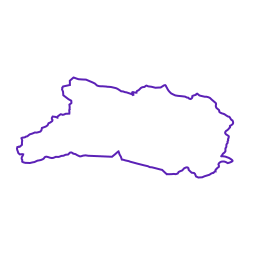 Kota Sawah Lunto, Sumatera Barat, Indonesia, rotated 97°
{"feature_id": "22746128B93370341632229", "entity_name": "Kota Sawah Lunto", "entity_type": "district", "adm_level": 2, "iso_a3": "IDN", "parent_name": "Indonesia", "parent_adm1": "Sumatera Barat", "projection": "equal_earth", "projection_center": [100.756, -0.661], "detail": "fine", "context": "isolated", "style": "outline", "palette": "violet", "viewbox_px": 256, "rotation_deg": 97, "n_neighbors": 0, "source": "geoboundaries", "source_scale": "gbopen_adm2", "svg_char_len": 5526}
<svg xmlns="http://www.w3.org/2000/svg" viewBox="0 0 256 256"><g transform="rotate(97 128 128)"><path d="M157.4,34.8L156.8,34.5L155.9,33.5L155.7,33.3L155.5,33.1L154.6,33.1L153.8,33.4L153.4,33.6L153.1,33.8L152.3,33.6L151.6,33.2L151.1,32.7L150.6,32.2L150.2,31.5L150.1,31.3L150.0,31.1L149.8,30.4L149.7,29.7L149.6,29.2L149.6,28.4L149.6,27.9L149.7,27.7L149.9,26.8L150.0,26.4L150.1,26.2L150.2,25.9L150.5,25.3L150.6,25.0L150.7,24.7L150.2,23.6L150.0,23.0L149.7,22.5L149.5,22.2L149.2,21.6L148.7,20.9L148.3,20.4L148.2,20.3L147.6,20.3L147.3,20.6L146.9,21.1L146.5,21.8L146.0,22.8L145.8,23.2L145.4,24.2L145.3,24.6L145.0,25.8L144.9,26.4L144.7,27.0L144.6,27.7L144.5,28.4L144.5,29.8L144.5,30.5L144.6,31.2L144.7,31.6L144.7,31.9L144.6,32.0L143.1,31.1L142.3,30.8L141.8,30.5L141.2,29.9L140.9,29.5L140.4,29.2L139.7,28.7L139.2,28.5L138.8,28.5L138.7,28.5L138.4,28.6L137.4,28.7L136.6,28.8L136.4,28.8L136.0,28.7L135.5,28.3L135.0,28.2L134.4,28.1L134.0,28.2L133.4,28.2L132.8,28.3L132.2,28.2L131.6,27.9L131.3,27.7L131.0,27.5L130.5,27.3L129.8,27.5L129.3,27.6L129.2,27.6L128.7,27.3L128.3,27.1L127.6,27.1L127.4,27.2L127.1,27.4L126.9,27.4L126.5,27.3L126.1,27.1L125.8,27.0L125.1,27.0L125.0,26.9L124.2,26.9L123.8,27.1L123.1,28.3L123.0,28.5L122.7,29.2L122.6,29.5L122.4,29.8L122.3,30.0L122.0,30.3L121.8,30.5L121.4,30.8L121.2,30.9L121.0,31.0L120.9,31.0L120.4,31.0L120.0,30.8L119.8,30.8L119.3,30.5L119.1,30.4L118.6,29.9L118.4,29.6L118.1,29.2L117.7,28.9L117.4,28.6L117.1,28.3L116.7,28.1L115.5,27.3L115.1,26.9L114.9,26.8L114.7,26.8L113.8,27.1L113.6,27.1L113.3,26.9L113.1,26.5L112.9,26.2L112.7,25.9L112.4,25.6L112.0,25.2L111.9,25.1L111.7,24.9L111.5,24.7L111.3,24.6L110.9,24.4L110.6,24.3L110.2,24.3L109.9,24.3L109.2,24.5L108.9,24.6L108.1,25.0L107.7,25.3L107.6,25.5L107.5,26.1L106.9,26.8L106.7,27.0L105.5,27.9L105.4,28.0L105.2,28.1L104.8,28.5L104.5,28.9L104.5,29.6L104.4,30.2L104.2,30.6L104.0,31.1L103.8,31.5L103.7,31.7L103.5,32.2L103.2,32.7L102.9,33.3L102.6,33.9L102.5,34.0L102.4,34.8L102.2,35.3L102.1,36.4L101.8,37.2L101.7,37.8L101.5,38.3L101.1,39.0L100.7,39.4L100.2,39.5L99.9,39.5L99.5,39.7L99.1,39.9L99.0,40.0L98.8,40.3L98.7,40.5L98.4,41.0L97.9,41.7L97.5,42.4L97.3,42.6L97.0,42.9L96.2,43.3L95.7,43.4L95.6,43.5L95.4,43.5L94.6,43.6L94.3,43.5L93.9,43.5L93.7,43.5L93.2,43.6L92.9,43.7L92.6,44.0L92.4,44.1L91.7,45.2L89.6,48.4L88.2,50.3L87.7,51.8L87.4,53.9L87.6,55.7L87.4,57.7L87.2,59.6L87.0,61.1L86.2,62.3L85.5,63.5L85.8,64.2L86.7,64.6L87.0,65.1L87.9,67.2L88.6,68.1L89.8,67.9L90.7,68.3L91.6,69.3L91.5,70.7L90.6,71.9L90.6,73.2L89.9,75.2L89.9,78.5L90.0,82.4L89.9,85.0L89.2,87.2L88.4,89.4L87.1,91.1L86.0,92.3L84.7,93.4L83.6,94.1L82.6,94.9L81.3,95.7L80.9,96.4L81.4,97.6L83.8,100.5L84.1,102.4L84.5,104.6L84.7,105.7L84.2,109.8L84.2,110.3L84.2,113.0L83.7,114.6L83.7,114.9L84.1,115.6L85.2,116.6L85.4,117.3L85.6,118.1L85.8,118.8L86.7,120.1L88.4,121.4L89.2,122.1L90.2,123.6L91.0,123.9L91.9,123.9L92.0,125.4L91.9,126.6L91.7,127.5L92.2,128.2L92.7,128.1L93.5,127.1L94.4,126.7L94.7,127.2L93.8,128.4L93.9,128.6L92.8,133.9L92.8,135.3L92.3,137.4L92.4,139.2L91.6,140.7L90.4,143.2L89.9,144.9L89.4,149.6L89.4,151.0L89.6,153.9L89.5,154.3L89.7,158.4L89.8,159.0L90.0,161.5L89.7,163.7L88.7,165.2L87.9,166.3L87.1,168.6L85.1,175.6L85.4,179.1L85.6,183.0L85.3,184.7L84.6,187.7L84.7,187.8L84.6,188.3L88.2,191.5L92.4,190.9L94.7,197.5L95.1,197.6L95.9,198.2L96.6,198.0L97.6,198.2L99.9,196.9L103.4,196.2L106.7,190.5L107.8,187.7L109.3,187.3L110.3,187.3L111.9,189.0L113.2,188.7L114.6,188.4L115.6,188.4L116.7,188.1L117.2,188.5L118.1,188.4L119.2,188.1L120.2,188.0L120.9,188.0L121.5,191.7L122.3,192.9L122.9,194.4L122.6,195.6L122.6,196.6L125.2,199.3L126.3,199.3L125.8,201.5L125.8,204.2L127.3,204.8L128.3,204.7L129.3,203.9L130.4,204.1L132.1,205.9L132.9,207.4L135.2,208.2L136.6,209.8L137.9,212.3L138.4,213.4L140.9,213.7L142.2,214.5L143.1,216.5L143.7,218.1L143.8,219.9L145.2,222.3L146.3,224.8L148.5,226.9L149.1,228.5L149.6,228.9L150.0,229.8L150.5,231.8L151.1,232.5L153.2,231.5L155.4,231.5L157.6,231.2L159.9,233.2L159.7,233.9L160.1,234.3L160.1,234.5L160.4,235.5L161.3,235.6L161.9,235.7L163.2,235.3L164.3,234.7L165.1,234.3L166.1,233.9L166.9,232.9L167.4,232.1L167.0,230.8L166.8,229.3L166.9,228.8L167.4,228.8L168.1,229.2L169.1,229.4L169.8,229.8L170.9,229.9L171.7,229.7L172.5,229.1L174.3,228.9L174.8,227.8L175.1,225.6L174.9,223.6L174.7,221.1L173.7,218.4L173.2,216.7L172.3,215.3L171.4,213.8L171.1,212.7L170.4,210.6L169.4,208.8L168.5,207.8L167.3,207.2L166.7,206.5L166.4,205.3L166.6,203.7L167.0,201.8L167.1,199.9L166.7,198.4L165.4,196.1L165.2,193.5L164.8,192.5L163.8,190.7L163.5,189.1L163.2,188.3L162.2,186.8L161.9,185.5L161.6,184.2L161.3,183.9L160.1,183.1L159.4,182.4L159.2,181.2L159.6,179.9L160.1,179.4L160.2,178.6L160.3,177.0L161.0,175.5L161.4,174.4L161.7,173.4L162.0,172.5L161.9,171.5L161.5,170.5L160.9,169.2L160.3,166.8L160.4,164.0L158.5,140.4L155.6,137.6L154.0,136.2L152.8,135.1L152.6,134.9L152.4,134.6L152.8,134.4L153.1,134.2L153.6,133.9L155.1,133.3L157.5,131.5L160.1,130.3L160.1,128.8L160.5,126.6L160.8,123.2L161.2,121.7L161.6,118.7L162.2,114.6L163.1,107.4L163.5,103.6L164.2,101.6L164.1,99.5L164.6,95.5L165.2,91.1L165.4,89.3L165.4,89.0L165.8,88.5L167.5,86.2L169.2,83.8L168.9,83.0L169.0,82.6L168.8,81.4L168.5,79.1L168.0,77.0L168.0,75.0L167.1,73.1L165.5,72.4L164.7,71.2L163.5,69.0L161.1,67.3L160.0,65.4L159.9,64.0L160.6,63.1L162.1,62.7L163.3,61.2L164.6,59.4L164.6,57.0L165.4,55.9L167.8,54.6L168.2,53.3L168.6,52.1L168.4,51.3L167.9,48.4L166.6,46.2L165.7,44.2L164.5,41.5L163.1,39.9L162.1,38.1L162.2,37.8L162.1,37.7L160.2,36.3L160.3,35.8L158.6,35.9L157.4,34.8Z" fill="none" stroke="#5b21b6" stroke-width="2"/></g></svg>